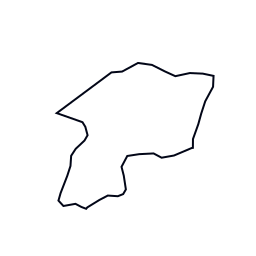 Vingåker, Södermanland, Sweden (Robinson projection), rotated 322°
{"feature_id": "70781695B34612539381669", "entity_name": "Vingåker", "entity_type": "district", "adm_level": 2, "iso_a3": "SWE", "parent_name": "Sweden", "parent_adm1": "Södermanland", "projection": "robinson", "projection_center": [15.877, 59.087], "detail": "fine", "context": "isolated", "style": "outline", "palette": "ink", "viewbox_px": 256, "rotation_deg": 322, "n_neighbors": 0, "source": "geoboundaries", "source_scale": "gbopen_adm2", "svg_char_len": 677}
<svg xmlns="http://www.w3.org/2000/svg" viewBox="0 0 256 256"><g transform="rotate(322 128 128)"><path d="M166.9,183.6L172.4,176.7L185.7,168.3L194.6,161.7L205.3,154.5L220.4,147.9L227.5,139.6L220.4,131.2L210.6,122.8L197.2,116.3L191.9,106.1L185.7,93.0L175.9,82.9L158.1,79.9L149.2,74.0L81.0,72.4L95.7,95.4L95.1,100.8L91.7,108.8L86.0,111.1L74.0,112.2L66.1,114.9L59.3,122.5L50.7,128.3L34.8,137.8L28.5,142.4L29.1,149.7L39.9,155.4L42.7,161.6L45.3,165.9L47.0,165.5L61.2,167.1L70.5,168.8L78.0,175.5L83.5,177.1L88.5,175.1L95.3,163.0L99.0,154.6L110.2,149.6L120.7,155.5L132.5,163.8L136.2,172.1L147.3,178.0L165.9,183.0L166.9,183.6Z" fill="none" stroke="#020617" stroke-width="2"/></g></svg>